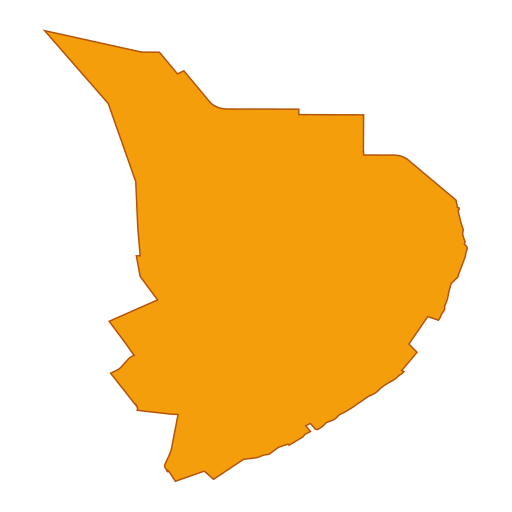 the district of Dronten, Flevoland, Netherlands
{"feature_id": "6326949B76568763288837", "entity_name": "Dronten", "entity_type": "district", "adm_level": 2, "iso_a3": "NLD", "parent_name": "Netherlands", "parent_adm1": "Flevoland", "projection": "equal_earth", "projection_center": [5.68, 52.514], "detail": "fine", "context": "isolated", "style": "filled", "palette": "amber", "viewbox_px": 512, "rotation_deg": 0, "n_neighbors": 0, "source": "geoboundaries", "source_scale": "gbopen_adm2", "svg_char_len": 5257}
<svg xmlns="http://www.w3.org/2000/svg" viewBox="0 0 512 512"><path d="M175.4,481.3L179.5,479.8L194.6,474.5L204.3,471.1L209.6,475.8L213.5,479.3L216.8,477.1L221.4,474.1L227.8,469.8L232.6,466.6L243.6,459.3L252.1,458.3L256.7,457.7L263.8,455.1L268.9,454.3L270.8,453.0L278.5,447.3L288.1,444.1L289.1,445.2L293.1,442.9L297.1,440.4L303.1,436.8L304.9,434.3L310.5,431.5L305.7,425.7L310.4,423.4L315.2,429.1L317.6,429.6L321.4,427.2L323.9,425.1L326.2,422.7L334.0,419.6L337.5,416.9L337.6,416.2L340.0,414.4L344.6,412.2L346.7,410.9L352.7,407.3L357.6,403.7L362.3,400.7L365.5,398.3L369.9,395.5L370.9,395.4L374.9,393.2L377.3,391.5L379.8,389.0L381.3,387.7L384.4,385.4L390.4,381.7L392.2,380.8L395.4,378.8L397.9,376.6L398.5,375.8L402.2,373.4L403.9,371.6L401.7,370.5L413.2,356.9L417.0,352.3L408.9,344.0L410.9,341.1L414.1,336.5L419.7,328.3L425.2,320.3L427.7,316.6L438.4,320.2L439.8,318.3L441.2,314.8L444.7,309.4L444.7,306.2L447.4,299.2L449.1,290.7L451.2,283.5L458.0,276.9L458.5,274.8L458.7,274.1L460.4,269.6L462.2,264.9L465.4,256.2L465.8,253.2L467.3,248.5L466.9,246.8L464.4,244.1L465.1,241.5L464.1,239.3L462.6,234.0L463.3,229.8L461.0,222.9L460.6,221.4L458.3,211.7L458.1,210.5L459.3,209.5L459.0,207.9L458.9,207.8L458.6,207.7L458.3,207.6L457.5,207.6L456.0,200.1L445.5,191.3L423.9,173.2L408.4,160.1L407.8,159.6L407.2,159.2L406.6,158.8L405.9,158.4L405.7,158.2L405.4,158.0L405.2,158.0L405.1,157.9L404.8,157.7L404.7,157.7L404.4,157.5L404.2,157.4L403.9,157.3L403.7,157.2L403.3,157.0L403.2,157.0L403.1,156.9L402.9,156.9L402.7,156.8L402.5,156.7L402.3,156.6L402.0,156.5L401.7,156.4L401.4,156.3L401.2,156.3L401.0,156.2L400.8,156.1L400.7,156.1L400.4,156.0L400.1,155.9L399.8,155.9L399.6,155.8L399.4,155.8L399.2,155.7L398.7,155.6L398.3,155.5L398.0,155.5L397.6,155.4L397.4,155.4L397.2,155.4L396.7,155.3L396.4,155.3L396.3,155.2L396.2,155.2L395.9,155.2L395.7,155.2L395.4,155.2L395.2,155.2L394.9,155.1L394.7,155.1L394.4,155.1L394.0,155.1L393.8,155.1L363.6,155.0L363.6,151.8L363.4,151.8L363.6,114.9L350.4,114.8L333.6,114.8L326.8,114.7L320.0,114.7L298.8,114.6L298.8,109.2L273.0,109.1L271.9,109.1L264.9,109.1L257.8,109.1L253.1,109.1L250.7,109.1L244.6,109.1L227.7,109.0L226.9,109.0L226.6,109.0L226.1,109.0L225.8,109.0L225.3,108.9L224.8,108.9L224.5,108.9L224.2,108.9L223.7,108.8L223.4,108.7L222.9,108.7L222.5,108.6L222.1,108.5L221.7,108.4L221.3,108.3L221.0,108.3L220.6,108.2L220.2,108.1L219.9,108.0L219.5,107.9L219.0,107.7L218.3,107.5L217.9,107.3L217.5,107.2L217.1,107.0L216.7,106.9L216.4,106.7L216.0,106.5L215.4,106.2L215.0,106.0L214.6,105.8L214.3,105.6L214.1,105.5L213.8,105.3L213.5,105.1L213.1,104.9L212.9,104.7L212.5,104.4L212.2,104.2L211.9,104.0L211.6,103.7L211.4,103.5L211.1,103.3L211.0,103.2L210.8,103.0L210.6,102.8L210.3,102.5L210.1,102.2L209.8,102.0L209.6,101.7L209.3,101.4L209.2,101.2L208.8,100.8L201.2,91.6L197.4,87.1L193.6,82.5L189.8,78.0L186.0,73.4L183.8,70.8L177.5,73.9L159.4,52.2L141.5,52.1L44.7,30.7L108.3,103.6L113.3,118.0L118.0,131.3L118.9,133.9L119.0,134.1L121.7,141.6L123.4,146.6L123.5,146.9L124.8,150.6L130.0,165.2L134.0,176.7L135.6,181.1L135.8,182.7L136.7,203.5L137.8,227.8L139.0,242.1L140.2,255.7L136.3,255.9L136.4,256.2L140.2,276.5L148.9,288.2L157.6,299.9L157.4,300.0L154.6,301.2L150.0,303.3L145.4,305.3L140.8,307.3L127.0,313.4L122.5,315.4L117.9,317.4L113.3,319.4L113.3,319.5L109.2,321.3L112.1,325.3L115.1,329.3L117.8,332.9L118.1,333.3L120.6,336.6L124.6,342.0L125.0,342.6L125.4,343.1L125.5,343.2L125.5,343.3L126.1,344.0L126.7,344.9L128.3,347.2L129.7,349.1L131.0,351.1L133.1,354.0L133.2,354.3L133.4,354.5L133.8,354.9L133.9,355.0L134.0,355.0L134.0,354.9L134.3,355.3L133.7,355.6L132.8,356.0L131.8,356.5L131.3,356.8L130.8,357.0L130.3,357.4L129.9,357.7L129.6,357.9L129.3,358.1L129.0,358.4L128.6,358.7L128.2,359.2L127.8,359.6L127.3,360.2L126.9,360.7L125.1,362.6L122.1,366.0L121.7,366.4L121.4,366.8L121.1,367.1L120.8,367.4L120.4,367.7L120.1,368.0L119.8,368.3L119.5,368.5L119.2,368.8L118.4,369.3L118.1,369.5L117.7,369.8L117.3,370.0L116.8,370.2L116.4,370.5L115.9,370.7L114.2,371.5L110.6,373.2L110.9,373.6L111.2,374.0L111.5,374.4L115.7,379.6L116.3,380.4L116.6,380.8L117.3,381.7L118.3,383.0L119.2,384.1L125.6,392.2L134.2,403.2L135.0,404.1L135.5,404.1L136.2,405.0L135.8,405.1L135.9,405.3L136.8,406.4L137.0,406.6L137.1,406.9L137.3,407.2L137.4,407.6L137.5,407.9L137.5,408.3L137.5,408.7L137.5,409.0L137.2,410.1L137.3,410.1L137.5,410.3L142.3,410.9L149.0,411.7L150.3,411.8L150.6,411.8L150.9,411.9L151.2,411.9L151.6,412.0L152.3,412.0L159.1,412.8L169.5,414.0L171.6,414.2L172.1,414.2L172.6,414.3L173.1,414.3L173.7,414.3L174.8,414.3L176.4,414.3L177.3,414.4L177.5,414.4L177.8,414.3L177.8,414.2L178.0,414.1L178.1,413.9L177.8,415.7L177.7,416.0L177.6,416.7L175.9,425.7L175.1,429.9L174.3,433.9L173.8,436.5L173.7,436.9L173.7,437.0L172.4,443.9L172.1,445.4L171.8,447.0L171.7,447.6L171.5,448.4L171.4,449.3L171.1,450.1L170.9,450.9L170.6,451.7L170.5,452.1L170.2,452.8L169.8,453.7L169.5,454.5L168.4,456.9L166.4,461.1L165.2,463.9L165.0,464.4L164.8,464.9L164.7,465.4L164.7,465.7L164.7,466.2L164.8,466.7L164.9,467.2L165.0,467.5L165.2,467.9L165.5,468.3L165.7,468.7L165.9,469.0L166.3,469.3L166.7,469.6L167.1,470.0L167.5,470.3L166.8,470.9L167.9,471.8L168.7,471.2L168.9,471.4L169.0,471.6L169.4,472.0L169.5,472.3L169.7,472.6L170.0,473.0L172.5,476.9L175.4,481.3Z" fill="#f59e0b" stroke="#b45309" stroke-width="1.5"/></svg>